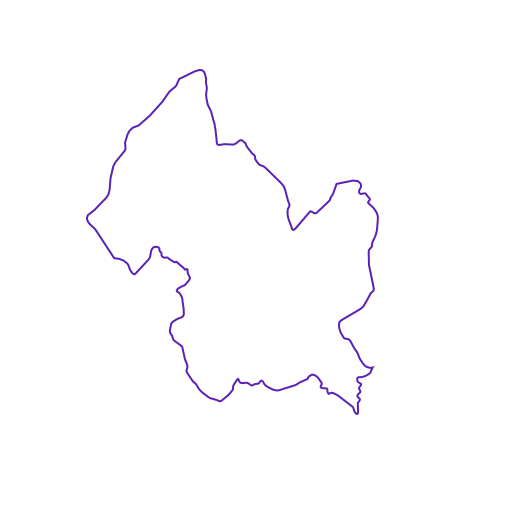 map outline of Sari Pul (Equal Earth projection), rotated 322°
{"feature_id": "AFG-1748", "entity_name": "Sari Pul", "entity_type": "Province", "adm_level": 1, "iso_a3": "AFG", "parent_name": "Afghanistan", "parent_adm1": "", "projection": "equal_earth", "projection_center": [66.141, 35.686], "detail": "fine", "context": "isolated", "style": "outline", "palette": "violet", "viewbox_px": 512, "rotation_deg": 322, "n_neighbors": 0, "source": "natural_earth", "source_scale": "10m", "svg_char_len": 5995}
<svg xmlns="http://www.w3.org/2000/svg" viewBox="0 0 512 512"><g transform="rotate(322 256 256)"><path d="M304.5,69.2L321.3,72.8L325.8,74.5L326.6,75.1L327.3,75.8L327.9,76.6L328.3,77.8L328.3,78.6L328.3,79.3L328.0,80.6L327.7,81.5L325.8,85.5L325.2,86.4L323.8,87.9L323.2,88.7L321.4,92.2L320.3,93.8L316.7,97.4L315.9,98.3L314.2,100.9L311.5,106.3L311.1,107.2L310.8,108.4L310.0,112.8L309.6,114.4L305.9,123.0L305.0,125.6L304.6,126.5L302.9,129.3L302.1,131.1L296.9,139.5L295.0,142.3L294.7,143.0L294.3,144.1L294.5,144.8L295.1,145.7L299.8,148.3L306.3,153.9L307.3,154.5L309.8,155.0L313.6,154.9L315.1,155.2L315.9,155.9L316.3,156.7L316.9,159.6L317.0,160.7L316.9,161.6L316.3,163.3L316.1,164.4L316.1,172.3L316.3,173.5L316.7,175.4L316.7,176.0L316.6,176.5L316.4,177.1L315.4,178.6L315.1,179.1L314.9,180.0L314.8,180.9L314.7,183.4L314.8,186.2L317.1,189.9L317.7,192.0L320.5,212.6L320.8,216.2L320.6,218.9L319.4,222.5L315.3,232.0L314.1,235.8L314.0,236.2L313.7,236.5L313.2,237.0L312.7,237.4L310.4,238.4L309.7,238.9L308.4,240.2L306.9,242.1L306.0,243.5L304.4,246.8L301.0,257.5L301.4,258.5L303.7,258.7L326.1,254.2L326.3,254.2L326.5,254.4L326.7,254.7L327.0,255.1L327.3,255.7L328.0,257.6L328.5,258.4L329.4,259.1L330.3,259.3L347.4,257.7L348.8,257.3L350.0,256.4L351.4,255.7L353.6,255.0L356.1,253.8L363.9,248.8L378.7,256.2L382.3,259.6L382.8,262.0L382.8,262.8L382.9,263.4L382.7,263.9L382.5,264.5L382.1,265.2L381.6,265.8L380.7,266.5L377.8,267.8L377.0,268.6L376.4,269.5L376.3,270.8L376.7,271.6L380.2,273.5L380.7,274.1L380.9,274.6L380.7,276.4L380.7,277.4L380.9,280.2L380.8,281.0L380.6,281.6L380.2,281.8L378.0,282.4L377.5,282.6L377.2,282.9L377.1,283.3L377.2,284.2L378.1,289.5L378.2,291.0L378.1,292.8L377.9,295.2L377.5,296.9L377.0,298.4L376.3,299.9L375.3,301.3L368.0,309.3L365.3,311.7L362.4,313.7L357.4,316.2L355.0,317.8L353.1,319.9L348.8,320.8L347.1,322.4L339.4,332.8L329.3,353.2L328.2,354.8L327.2,355.7L324.1,355.9L323.0,356.2L315.0,359.7L309.6,361.8L306.3,362.1L283.8,359.2L281.3,359.4L280.3,360.1L279.5,360.8L278.4,362.2L277.6,363.4L276.9,364.8L275.9,367.4L275.6,368.6L274.8,374.0L274.9,374.8L275.1,375.6L275.7,376.3L277.1,377.8L277.7,378.7L277.9,379.9L278.0,381.2L276.6,389.6L276.3,394.8L275.6,397.3L275.2,398.5L274.8,399.8L274.5,401.3L274.1,406.7L274.2,408.4L274.4,409.9L274.8,411.1L275.3,412.1L276.5,413.7L276.9,414.1L277.9,415.1L279.3,415.7L276.3,417.1L274.8,418.1L274.1,418.4L273.0,418.5L271.7,418.4L268.8,418.0L266.8,417.4L263.9,416.0L262.8,415.1L261.7,414.5L261.0,414.6L259.9,415.3L259.3,416.1L259.0,416.9L258.9,417.7L259.0,418.5L259.2,419.3L259.9,420.9L260.0,421.3L259.8,421.8L259.6,422.1L259.0,422.4L258.3,422.7L256.2,423.2L255.7,423.6L255.5,424.0L255.2,425.8L255.0,426.6L254.8,427.1L254.4,427.5L253.9,427.6L251.0,427.9L250.3,428.1L249.9,428.5L249.6,429.0L249.4,429.7L249.5,430.5L249.7,431.2L249.8,431.8L249.8,432.4L249.5,433.0L249.1,433.4L248.6,433.7L246.4,434.3L245.9,434.5L245.4,434.9L241.3,440.6L239.9,442.3L239.3,442.7L238.7,442.8L238.2,442.4L237.7,441.5L237.8,439.7L238.1,438.3L239.2,435.5L239.3,434.8L239.1,433.5L234.7,416.4L233.4,413.4L232.4,411.5L231.1,410.1L228.4,409.3L228.4,408.0L228.8,406.9L230.0,405.1L230.2,404.6L230.3,404.3L229.8,403.6L226.8,400.8L226.3,399.8L226.4,398.9L226.9,398.4L228.7,397.6L229.1,397.3L229.4,396.7L229.6,395.9L229.7,394.9L229.9,390.6L229.9,389.7L229.8,388.8L229.5,387.8L229.1,386.7L228.6,385.7L228.0,384.8L227.1,384.1L225.9,383.7L223.8,383.6L222.7,383.7L221.9,384.1L221.5,384.5L220.5,384.5L212.7,382.6L207.8,382.1L191.6,376.0L190.4,375.4L189.2,374.3L187.5,372.3L186.7,370.8L184.6,366.4L184.2,365.2L183.9,364.2L183.8,363.0L183.7,362.1L184.1,359.8L184.1,359.1L183.9,358.4L183.7,357.8L183.3,357.4L182.8,357.3L180.3,358.0L179.7,358.1L178.9,357.8L176.7,356.5L175.5,356.0L173.8,355.8L173.0,355.5L172.3,354.4L171.9,352.6L171.7,352.0L171.4,351.3L171.0,350.7L170.6,350.2L170.1,349.8L169.6,349.4L167.3,348.0L166.8,347.6L166.3,347.2L165.9,346.6L165.7,346.1L165.6,345.6L165.6,345.0L165.7,344.4L165.8,343.7L166.2,342.4L166.2,342.1L166.2,341.8L165.5,341.8L164.3,342.0L158.9,343.9L158.3,344.3L157.7,344.7L156.0,346.6L154.9,347.2L153.5,347.6L148.6,348.6L139.4,348.8L137.9,348.1L136.2,345.0L132.8,340.4L132.1,339.1L131.5,337.5L129.8,331.0L129.3,327.9L129.2,325.5L129.7,321.6L129.8,319.7L129.1,315.8L129.5,309.9L130.0,304.8L130.3,304.0L130.8,303.3L133.0,301.8L133.9,300.9L134.6,299.7L136.6,293.3L141.5,283.1L141.8,282.2L141.9,281.8L141.8,281.3L141.6,279.9L139.6,272.9L139.4,272.2L139.4,271.7L139.5,271.0L139.9,269.3L140.7,267.5L140.9,266.8L141.0,266.4L140.9,265.0L141.0,263.7L141.5,262.7L142.4,261.5L147.4,257.2L148.5,256.8L150.1,256.6L154.9,257.1L159.8,258.5L160.6,258.6L161.4,258.5L163.3,257.5L166.4,253.2L169.9,247.0L170.6,246.1L171.6,244.3L172.2,242.9L172.8,239.7L172.9,238.5L172.8,237.4L172.0,235.9L172.0,235.1L172.3,234.4L173.4,233.9L174.3,233.8L175.0,233.7L177.8,234.1L181.9,235.1L187.2,234.2L189.9,233.2L190.2,233.0L190.5,232.3L190.9,231.2L191.3,228.9L191.7,227.6L192.3,226.4L193.5,224.8L193.7,224.2L193.5,223.8L192.7,223.3L192.2,223.2L191.8,223.2L191.7,223.0L191.6,222.5L191.6,220.8L190.0,213.2L190.0,212.3L189.8,211.7L189.5,211.4L188.5,211.2L188.0,210.7L187.6,210.1L186.1,206.1L185.4,203.1L185.1,202.6L184.6,202.1L183.2,201.3L182.4,200.3L181.7,198.5L181.9,197.6L182.3,196.8L182.8,196.3L183.1,195.7L183.3,195.2L183.4,194.8L183.1,193.1L183.1,192.8L183.3,192.3L184.4,190.6L184.5,190.2L184.5,189.5L184.2,188.7L183.5,187.8L182.6,187.0L181.7,186.4L180.7,186.2L179.7,186.1L177.2,186.9L173.2,190.4L171.9,191.5L170.9,192.0L169.5,192.6L149.4,195.8L148.5,195.0L148.0,193.4L148.2,189.4L149.9,184.3L149.9,182.9L149.6,181.2L149.1,179.0L148.4,177.3L146.5,174.1L142.9,170.4L145.7,137.2L145.7,135.5L144.7,128.8L144.6,126.9L144.8,125.1L145.5,123.1L146.1,122.0L148.7,120.3L157.0,120.3L174.0,117.9L177.5,116.7L181.3,113.8L189.3,105.1L198.7,97.5L203.1,95.5L217.2,92.3L218.8,91.5L220.4,89.5L221.9,87.1L222.4,86.4L223.2,85.6L229.8,81.0L233.5,79.5L237.7,79.0L244.0,80.9L258.9,80.0L277.1,76.8L288.8,73.2L293.6,72.9L295.6,73.0L297.6,72.7L298.5,72.4L304.5,69.2Z" fill="none" stroke="#5b21b6" stroke-width="2"/></g></svg>